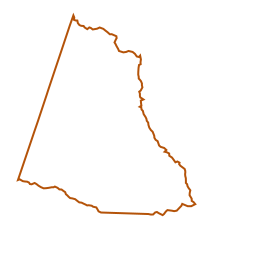 the district of Divinópolis de Goiás, Goiás, Brazil, rotated 109°
{"feature_id": "56859067B20210197400303", "entity_name": "Divinópolis de Goiás", "entity_type": "district", "adm_level": 2, "iso_a3": "BRA", "parent_name": "Brazil", "parent_adm1": "Goiás", "projection": "albers", "projection_center": [-46.533, -13.221], "detail": "fine", "context": "isolated", "style": "outline", "palette": "amber", "viewbox_px": 256, "rotation_deg": 109, "n_neighbors": 0, "source": "geoboundaries", "source_scale": "gbopen_adm2", "svg_char_len": 2220}
<svg xmlns="http://www.w3.org/2000/svg" viewBox="0 0 256 256"><g transform="rotate(109 128 128)"><path d="M39.3,216.3L50.3,216.4L80.7,216.1L95.7,216.0L118.5,215.8L122.9,215.7L151.4,215.4L161.3,215.4L213.0,215.1L211.8,213.7L212.5,210.2L212.2,208.3L211.6,205.9L211.8,203.9L212.9,202.5L212.6,200.8L210.4,198.4L210.8,196.3L211.7,193.8L212.3,190.9L212.5,188.1L211.6,185.9L210.4,183.5L208.9,180.9L208.3,179.1L207.2,178.1L207.5,175.1L208.4,172.9L207.8,170.8L208.6,168.4L209.1,166.5L210.8,165.2L211.5,163.4L212.4,161.7L213.1,159.9L212.7,157.8L212.5,154.8L213.5,152.0L214.2,149.9L213.7,147.6L214.0,145.3L214.2,143.3L214.5,141.4L213.8,140.0L213.3,137.0L213.8,135.4L213.4,132.1L215.0,130.2L216.4,128.7L216.7,126.0L202.7,80.7L202.4,78.3L201.6,76.1L199.0,74.8L198.0,73.3L198.5,71.3L199.1,66.9L197.7,66.0L194.6,65.0L192.8,64.0L191.9,59.6L191.6,57.3L190.3,55.0L184.2,52.2L182.1,52.0L182.5,46.0L181.4,42.8L178.1,39.6L176.7,41.9L176.2,44.0L174.1,44.8L173.0,46.1L171.5,47.9L169.3,48.5L166.6,48.8L165.0,51.2L163.6,52.8L161.9,53.8L161.1,55.4L159.5,55.9L156.6,57.0L154.8,58.2L153.0,59.0L151.5,59.3L149.9,59.9L148.3,61.1L147.7,62.9L146.6,66.3L145.5,67.9L144.0,68.0L143.6,70.4L145.0,72.0L142.9,74.9L141.6,76.8L140.8,79.9L138.7,80.8L138.3,83.4L138.5,85.6L136.3,84.6L135.1,87.3L135.2,91.0L134.4,92.9L130.8,95.7L130.2,98.0L128.6,99.9L126.9,100.6L125.7,101.6L123.5,103.5L122.5,105.7L120.7,108.0L118.4,109.7L116.3,110.7L115.1,112.6L113.3,113.6L111.9,115.0L109.8,117.7L107.0,119.5L106.1,121.2L104.2,122.2L104.1,123.8L102.5,122.6L100.2,123.8L97.9,124.8L96.0,122.7L95.5,124.5L95.1,126.3L93.8,127.2L91.7,127.9L90.0,129.2L88.5,128.2L84.9,127.6L83.0,128.8L81.4,129.3L79.5,131.0L78.5,132.5L77.8,133.9L76.0,134.6L74.2,135.7L71.4,136.6L67.7,137.6L64.8,138.1L63.6,136.8L61.7,137.6L59.0,138.1L55.6,140.1L57.3,140.7L57.5,143.0L55.6,145.6L54.6,148.4L55.0,152.6L56.7,154.5L58.0,157.0L58.1,161.6L56.5,163.0L54.4,165.4L52.6,167.2L51.5,168.6L48.3,168.3L46.7,168.0L45.0,168.9L44.6,173.9L45.3,175.7L44.1,178.5L43.2,181.2L42.3,183.6L42.2,187.5L44.2,189.6L46.3,193.4L45.5,195.8L45.5,197.3L47.8,198.7L47.0,201.8L46.0,203.2L46.6,205.4L46.5,207.4L45.1,209.6L42.9,210.9L43.4,212.6L43.3,214.3L41.0,214.8L39.3,216.3Z" fill="none" stroke="#b45309" stroke-width="2"/></g></svg>